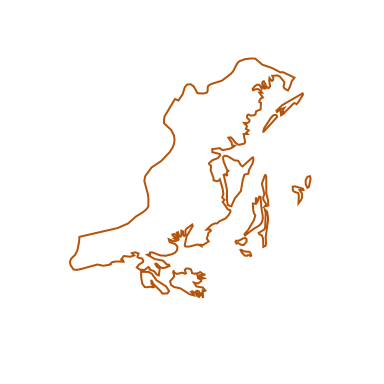 the border of Quảng Ninh, rotated 337°
{"feature_id": "VNM-429", "entity_name": "Quảng Ninh", "entity_type": "Province", "adm_level": 1, "iso_a3": "VNM", "parent_name": "Vietnam", "parent_adm1": "", "projection": "natural_earth1", "projection_center": [107.332, 21.181], "detail": "fine", "context": "isolated", "style": "outline", "palette": "amber", "viewbox_px": 384, "rotation_deg": 337, "n_neighbors": 0, "source": "natural_earth", "source_scale": "10m", "svg_char_len": 6146}
<svg xmlns="http://www.w3.org/2000/svg" viewBox="0 0 384 384"><g transform="rotate(337 192 192)"><path d="M212.7,99.7L215.3,102.5L221.6,98.3L226.4,92.7L229.3,91.2L232.9,92.3L234.9,95.6L235.6,103.2L241.0,105.8L244.4,106.3L245.9,105.1L247.4,101.7L248.6,100.5L251.8,100.1L263.0,101.2L273.5,98.6L276.8,97.1L283.9,91.3L286.6,90.1L292.6,90.4L298.7,92.2L302.4,94.0L306.5,102.3L313.9,108.9L320.1,116.4L322.5,117.2L331.0,126.8L327.2,128.9L323.3,133.4L319.9,136.0L317.5,132.7L317.5,130.6L319.9,127.4L319.7,125.8L317.9,120.0L316.3,118.1L311.3,116.5L311.5,118.9L310.1,120.9L308.9,120.9L307.9,117.3L306.7,119.3L305.2,125.2L303.1,126.3L301.8,124.8L301.4,118.1L300.3,118.1L298.9,119.4L300.3,125.2L298.9,125.2L297.8,122.3L296.6,123.9L295.9,119.6L293.6,118.6L290.6,119.4L288.0,120.9L288.0,122.3L290.9,122.3L293.1,123.1L294.5,125.0L295.3,128.0L292.8,126.8L294.2,132.7L292.2,132.6L289.7,134.3L289.1,135.6L290.3,136.9L287.4,142.8L282.5,142.8L280.7,145.4L278.3,145.5L275.8,144.5L274.4,142.8L273.0,142.8L271.9,144.4L271.9,145.7L273.1,148.3L272.0,149.8L269.7,150.1L266.9,148.7L267.4,150.8L268.2,151.5L268.2,153.1L266.2,154.9L268.3,157.5L264.5,158.9L265.4,159.3L265.8,160.4L262.1,158.9L260.5,166.8L258.9,167.8L253.8,167.0L252.4,165.6L251.1,163.3L249.9,158.6L249.0,156.8L246.7,156.2L247.8,161.6L247.2,164.9L249.4,166.1L247.4,166.8L243.4,166.9L237.6,165.7L235.7,164.6L234.9,162.6L227.4,160.4L226.3,163.3L232.4,167.8L232.4,169.2L228.9,170.9L223.1,170.7L218.8,172.2L218.8,173.7L219.8,175.3L217.6,179.5L217.3,187.3L216.4,189.7L219.4,191.9L221.0,192.0L222.6,191.2L221.5,200.8L220.2,205.9L217.6,208.9L218.8,211.9L216.4,213.1L218.2,222.1L220.0,223.5L220.0,224.8L217.0,227.4L212.7,229.4L205.3,229.7L203.0,230.8L200.6,229.8L196.8,230.0L190.7,232.3L194.2,233.7L194.2,235.1L191.3,236.0L187.4,240.8L188.1,244.0L181.6,245.1L179.5,244.0L179.5,245.5L176.7,242.5L167.9,241.1L164.5,239.5L164.5,238.2L169.8,230.6L179.5,223.5L179.5,222.0L172.7,223.6L170.9,224.8L169.3,228.9L167.7,229.4L167.0,228.7L168.3,224.8L167.1,223.5L165.6,227.0L164.0,228.7L163.0,227.7L163.4,223.5L162.2,223.5L162.1,227.8L160.9,230.8L160.7,225.3L159.5,223.8L157.3,223.5L157.3,224.8L159.7,227.8L157.3,227.8L159.7,230.8L157.2,230.7L155.4,229.8L152.2,226.4L151.8,229.3L156.4,233.6L157.2,236.6L155.6,239.7L152.8,241.2L149.4,241.4L143.1,240.5L138.1,238.0L131.9,232.1L129.8,231.3L128.8,233.7L128.1,232.5L126.3,232.3L131.5,239.1L138.6,244.0L140.4,248.8L142.4,249.9L142.4,251.3L137.7,251.2L134.9,250.4L133.1,248.2L131.3,244.0L130.0,244.0L130.7,247.5L132.4,249.9L128.8,255.8L127.4,254.3L126.0,249.9L122.6,246.9L123.2,245.8L122.6,244.0L117.7,245.2L113.6,243.0L111.7,239.8L114.6,238.2L119.7,237.2L120.3,235.8L120.1,233.7L117.1,231.7L116.4,230.3L118.8,227.8L116.3,225.4L112.8,224.8L114.0,227.8L109.8,227.4L104.2,224.3L100.5,226.4L100.5,227.8L101.8,227.8L101.8,229.4L95.1,226.3L91.2,225.4L88.2,226.4L89.7,226.8L88.5,226.9L81.6,225.3L76.6,221.8L58.7,219.4L54.9,218.4L52.6,216.9L51.7,212.2L52.0,209.6L53.0,207.7L54.9,206.1L59.5,204.3L63.7,201.0L68.6,193.7L70.9,189.3L109.3,196.1L121.0,196.0L130.6,192.7L139.0,191.4L143.3,190.1L146.1,188.3L149.2,181.4L150.5,176.9L152.4,163.4L154.0,160.7L155.3,159.0L164.4,153.6L175.6,151.5L187.0,146.6L191.3,143.7L194.4,140.5L196.3,137.2L197.5,133.1L197.0,126.6L193.1,117.8L194.6,114.3L196.2,111.8L212.7,99.7ZM248.5,188.2L261.2,183.8L261.8,184.2L260.9,186.8L258.9,189.4L253.0,194.0L251.1,197.2L247.0,196.5L243.4,200.8L237.4,210.2L228.8,214.7L222.6,220.5L219.8,218.0L221.0,213.2L225.1,203.6L227.9,188.6L229.2,188.6L230.5,190.4L231.0,190.2L231.2,188.4L232.1,187.2L233.7,186.8L232.9,185.3L233.0,176.6L233.5,174.0L234.6,171.7L236.0,171.4L237.5,172.0L239.3,173.6L243.5,179.5L246.8,181.3L247.4,186.2L248.5,188.2ZM167.1,273.4L169.5,276.1L167.4,275.7L166.1,274.3L164.5,270.4L163.9,273.8L165.8,276.1L165.8,277.6L161.7,278.6L158.4,276.1L159.2,280.7L164.7,284.2L165.8,288.0L164.5,288.0L164.5,286.5L163.4,286.5L160.9,293.9L160.9,289.3L158.3,290.9L158.3,289.3L157.2,290.9L155.9,289.3L155.9,288.0L159.7,288.0L159.7,286.5L158.3,284.9L157.2,284.9L157.2,286.5L155.9,286.5L153.5,283.5L152.2,283.5L153.5,286.5L153.5,288.0L149.9,285.2L143.6,276.1L138.4,272.5L136.4,269.5L136.9,265.6L142.4,263.0L143.0,261.6L143.3,258.4L144.9,257.0L143.6,258.6L146.1,261.5L151.6,262.4L153.5,264.5L154.7,264.5L154.9,260.9L156.7,260.1L159.1,261.2L160.9,263.0L160.4,266.7L162.5,268.3L165.4,269.1L168.3,268.9L169.8,271.5L172.0,273.4L167.1,271.8L167.1,273.4ZM123.1,251.6L124.8,259.3L131.3,268.9L132.2,274.3L129.8,275.7L125.1,274.0L124.2,270.5L120.6,262.0L120.1,257.0L118.9,260.8L120.1,264.5L118.8,264.5L116.5,262.8L113.7,262.3L111.3,260.9L110.4,257.0L111.8,251.0L114.0,245.5L121.0,248.8L123.1,251.6ZM248.6,226.4L252.1,222.5L253.2,223.3L249.7,233.7L247.9,241.2L246.7,244.3L244.8,246.9L242.2,248.6L239.3,249.4L234.9,249.9L223.8,252.7L223.8,251.3L229.0,248.8L238.0,242.1L241.2,238.2L240.7,235.8L241.3,232.5L243.5,226.4L246.2,227.8L248.6,222.0L248.6,226.4ZM309.0,147.3L332.3,144.4L332.3,145.7L325.3,150.7L322.6,152.0L321.1,150.2L320.0,150.2L306.4,155.8L304.0,156.2L305.3,151.5L306.5,154.6L308.4,151.5L309.7,150.7L306.0,150.4L301.5,151.5L301.5,150.2L309.0,147.3ZM245.6,253.0L251.6,240.1L252.2,236.6L253.4,239.5L252.3,244.4L250.8,248.0L242.3,262.1L239.9,268.8L238.6,270.3L236.2,270.4L239.1,262.9L239.4,259.5L237.4,257.0L237.4,255.7L243.7,254.8L245.6,253.0ZM259.6,211.6L265.7,205.0L266.4,205.3L266.4,206.7L259.9,222.3L258.8,229.0L257.0,234.3L253.4,233.7L255.3,232.8L255.5,231.5L254.7,227.1L255.3,225.0L257.8,222.2L259.6,211.6ZM286.8,226.4L289.1,227.1L295.4,232.3L295.4,233.7L291.8,232.3L292.7,236.5L291.4,239.8L288.8,242.3L285.6,244.0L289.0,236.9L289.3,234.4L286.5,232.0L285.4,230.0L286.8,226.4ZM299.0,153.6L299.9,155.0L299.7,156.2L280.7,164.9L283.3,161.5L293.7,154.5L296.7,153.2L299.0,153.6ZM221.4,254.7L223.3,255.4L223.8,256.7L222.9,259.0L218.8,261.0L216.4,259.6L214.5,256.9L213.0,257.0L212.5,255.6L212.7,254.6L213.7,254.1L215.9,255.1L221.4,254.7ZM301.3,225.4L304.3,223.1L306.8,223.6L306.2,226.4L301.6,233.0L299.9,233.2L299.7,229.4L301.3,225.4ZM216.9,267.2L221.3,269.4L221.9,270.7L221.7,273.6L221.1,274.0L219.1,271.9L217.6,272.2L215.7,271.1L214.2,267.4L214.0,264.3L214.7,264.4L216.9,267.2Z" fill="none" stroke="#b45309" stroke-width="2"/></g></svg>